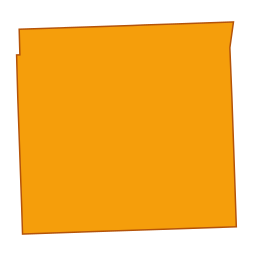 Franklin, Kansas, United States of America, rotated 358°
{"feature_id": "52423323B79202191155871", "entity_name": "Franklin", "entity_type": "district", "adm_level": 2, "iso_a3": "USA", "parent_name": "United States of America", "parent_adm1": "Kansas", "projection": "robinson", "projection_center": [-95.306, 38.564], "detail": "fine", "context": "isolated", "style": "filled", "palette": "amber", "viewbox_px": 256, "rotation_deg": 358, "n_neighbors": 0, "source": "geoboundaries", "source_scale": "gbopen_adm2", "svg_char_len": 346}
<svg xmlns="http://www.w3.org/2000/svg" viewBox="0 0 256 256"><g transform="rotate(358 128 128)"><path d="M18.9,230.3L90.5,230.3L232.8,230.5L232.9,156.1L232.9,102.3L232.6,51.3L237.1,25.7L183.5,25.7L147.8,25.6L136.0,25.7L22.7,25.5L22.5,51.1L19.2,51.1L18.9,93.5L19.0,204.6L18.9,230.3Z" fill="#f59e0b" stroke="#b45309" stroke-width="1.5"/></g></svg>